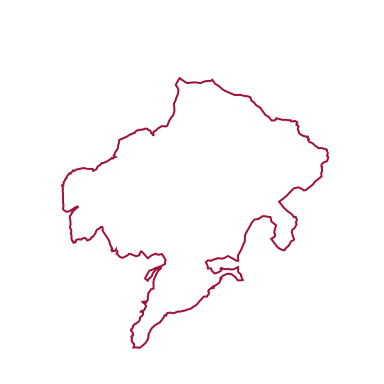 the district of Ilva Mica, Bistrita-Nasaud, Romania, rotated 236°
{"feature_id": "2599482B62914410963288", "entity_name": "Ilva Mica", "entity_type": "district", "adm_level": 2, "iso_a3": "ROU", "parent_name": "Romania", "parent_adm1": "Bistrita-Nasaud", "projection": "mercator", "projection_center": [24.67, 47.297], "detail": "fine", "context": "isolated", "style": "outline", "palette": "rose", "viewbox_px": 384, "rotation_deg": 236, "n_neighbors": 0, "source": "geoboundaries", "source_scale": "gbopen_adm2", "svg_char_len": 5957}
<svg xmlns="http://www.w3.org/2000/svg" viewBox="0 0 384 384"><g transform="rotate(236 192 192)"><path d="M237.8,293.4L239.9,292.0L242.8,288.7L245.5,286.4L248.4,281.7L257.1,276.1L260.4,274.6L264.6,273.6L268.9,271.6L273.7,271.6L273.6,269.6L275.1,267.5L276.7,264.2L277.5,260.0L281.5,255.5L284.9,249.1L286.7,247.9L293.3,245.4L290.9,240.1L289.7,238.3L286.9,238.4L284.5,238.0L281.5,235.6L278.4,231.0L277.2,229.7L275.5,226.6L274.7,225.8L273.5,225.5L268.8,222.6L266.2,219.4L265.4,216.5L263.6,212.7L260.8,208.6L261.0,206.8L262.6,205.1L263.5,203.7L263.7,199.4L263.2,196.9L263.4,193.7L260.7,191.8L261.0,191.5L262.3,191.8L263.3,191.0L265.8,191.7L266.6,191.5L267.9,190.4L269.6,190.2L270.8,188.5L270.9,186.6L271.5,186.2L272.3,183.9L272.8,183.6L273.8,180.7L273.6,178.8L273.0,177.4L273.6,176.5L273.7,174.0L274.3,173.2L274.3,169.0L275.8,160.8L273.8,159.0L271.7,156.6L271.0,156.3L269.5,154.7L268.0,150.9L267.2,149.4L266.6,149.1L265.9,147.4L263.7,148.3L264.1,146.5L264.0,145.1L265.1,144.7L264.8,143.5L264.9,138.0L265.7,134.7L266.5,133.3L265.7,131.1L266.0,129.0L265.5,127.3L264.4,125.7L264.5,123.3L264.9,121.9L265.7,122.5L266.6,122.5L267.6,121.3L267.9,120.6L269.8,118.1L272.5,115.5L275.3,108.6L275.2,106.3L276.4,105.5L275.1,101.4L276.1,100.9L275.5,99.6L275.4,98.1L273.6,95.4L273.9,95.1L271.5,90.6L270.7,90.3L269.9,89.4L270.2,88.1L268.8,88.3L268.7,87.5L266.8,86.8L264.7,85.0L263.0,84.3L255.9,79.6L252.2,77.6L250.2,75.6L249.2,75.5L246.0,76.6L245.0,78.5L244.7,79.6L244.4,86.0L244.5,87.1L244.0,89.0L243.6,89.1L243.2,88.8L243.2,87.3L242.4,81.2L241.9,81.3L240.5,78.0L239.6,76.6L235.2,74.6L232.9,73.1L230.8,70.9L228.3,70.7L227.1,70.1L225.6,68.8L225.5,68.3L223.8,68.1L220.2,65.7L218.3,65.4L217.9,65.8L216.2,65.3L215.6,67.1L216.1,67.2L216.3,68.9L217.0,69.3L216.5,71.2L214.4,73.7L214.7,74.3L214.5,76.3L213.8,77.5L212.8,78.0L210.5,78.0L209.7,81.0L209.8,82.1L210.7,83.4L210.4,84.9L210.6,85.9L212.1,89.4L213.2,90.6L213.9,92.7L213.6,94.2L213.7,95.9L214.0,96.6L213.2,98.1L211.5,97.5L211.0,96.9L209.9,96.3L198.0,96.1L194.2,94.7L189.6,94.2L189.3,93.1L188.6,93.7L187.6,92.7L186.2,95.5L186.8,96.7L186.3,96.4L185.2,97.0L183.8,96.7L183.0,94.9L181.5,95.5L179.2,95.7L178.2,96.2L176.5,97.2L175.9,99.8L175.6,102.8L175.6,104.2L176.0,104.9L175.5,106.1L169.9,109.8L169.1,113.0L169.9,113.8L171.0,115.7L171.3,116.2L171.1,116.7L170.0,117.2L161.8,118.3L162.1,123.3L161.1,127.5L158.9,128.8L157.2,132.5L150.3,132.1L149.5,130.9L147.4,129.5L147.9,124.5L149.5,118.7L149.6,116.7L150.6,112.6L146.8,104.9L145.5,104.7L144.7,105.4L143.2,105.7L144.2,107.5L144.2,109.3L144.7,111.3L145.0,112.1L146.4,113.7L147.0,115.4L147.8,119.0L147.5,121.3L146.5,123.7L146.0,123.3L145.7,120.6L144.6,117.8L140.8,111.5L138.5,109.4L133.5,106.2L133.7,104.7L134.3,103.9L132.1,98.5L131.2,98.3L129.8,96.7L128.2,95.8L127.0,94.6L126.7,93.3L128.5,89.6L127.2,89.7L126.0,90.5L125.7,91.2L125.3,90.3L123.3,90.2L122.8,89.9L122.0,88.1L121.3,87.5L121.0,86.8L120.9,85.6L121.6,83.1L121.4,82.6L119.8,84.1L118.7,83.6L117.4,82.1L117.0,78.6L116.5,78.5L115.4,77.5L114.4,75.6L114.4,73.7L114.2,73.4L114.1,72.8L114.6,70.4L114.3,69.4L114.0,69.1L113.8,68.0L112.7,67.2L112.1,65.7L112.3,65.3L111.6,64.1L111.2,63.8L110.5,64.2L109.2,64.2L106.8,63.7L106.1,62.7L106.6,62.5L105.9,60.7L104.2,60.5L102.9,59.0L100.8,58.6L98.1,59.0L95.7,56.5L95.2,57.8L92.1,61.5L92.3,65.5L92.8,68.8L93.3,70.5L93.8,71.0L94.2,72.4L95.5,74.4L97.1,75.2L97.6,76.0L98.6,76.6L99.3,78.3L101.0,81.1L101.7,83.2L102.3,87.5L101.8,92.7L102.2,93.2L102.8,95.8L103.3,96.5L103.4,97.5L105.1,100.3L104.9,101.1L104.0,101.5L105.4,103.6L105.5,104.2L103.7,107.1L102.3,108.2L101.6,109.5L101.3,111.6L101.0,112.0L100.9,113.4L99.8,114.7L98.9,116.7L98.8,117.7L98.0,118.8L96.8,123.5L96.2,124.6L95.9,126.8L96.2,128.1L95.9,131.5L96.2,134.0L97.4,137.5L97.5,139.0L97.9,139.7L98.6,143.3L96.9,146.1L97.5,147.0L97.7,148.1L98.9,149.8L100.5,149.8L101.3,151.2L101.8,156.1L100.9,155.4L100.4,156.5L101.3,156.8L101.4,157.3L101.5,163.8L103.4,166.7L103.6,167.8L104.8,167.4L105.3,170.7L104.5,175.4L103.3,177.1L101.6,178.9L97.2,180.4L93.3,180.5L91.8,182.5L90.7,184.9L95.1,185.8L95.4,186.2L96.0,186.5L99.3,185.6L100.4,185.8L103.9,188.2L104.8,182.9L106.0,181.0L108.0,178.9L108.7,177.4L111.5,174.1L112.5,174.1L112.6,172.8L110.8,172.7L110.6,172.2L110.6,169.8L111.0,167.6L112.0,165.0L116.6,164.5L118.1,165.0L119.9,162.3L121.2,163.3L122.7,163.8L126.0,164.2L126.4,167.1L124.3,169.3L124.1,171.6L122.8,175.4L122.9,176.2L119.7,180.0L119.1,182.1L119.0,184.9L118.7,186.1L109.8,190.7L109.2,192.0L113.6,194.5L117.0,201.1L120.6,206.5L121.0,207.7L126.1,211.5L127.4,213.1L133.5,225.3L134.2,228.5L132.5,232.0L132.5,236.9L131.3,238.7L127.3,243.0L125.1,242.3L123.2,241.3L117.4,243.1L112.7,237.6L110.5,237.3L108.7,235.6L108.9,231.5L99.8,231.9L97.4,232.4L95.2,233.4L93.2,234.7L91.9,236.2L92.5,237.0L93.3,240.2L93.2,241.5L94.3,244.2L95.1,245.3L95.7,247.0L95.3,248.9L95.4,250.0L98.0,250.8L99.1,250.9L103.3,252.5L104.2,253.5L104.7,254.6L104.6,256.0L105.1,257.6L106.9,260.8L108.6,261.0L110.4,263.5L113.4,264.1L114.0,262.5L117.0,262.4L119.7,261.7L121.9,260.7L127.9,259.3L135.3,258.8L135.4,263.2L135.9,268.1L137.5,275.4L138.0,278.8L136.4,282.8L132.7,285.0L130.7,285.6L130.0,287.7L130.6,296.5L131.8,299.4L132.4,308.0L135.6,309.9L137.0,312.0L138.2,312.4L139.9,313.8L140.6,313.4L142.4,314.9L142.8,316.5L142.8,318.6L142.1,320.7L142.4,321.8L144.2,324.0L145.0,324.6L146.1,324.2L146.8,324.4L147.8,325.9L148.6,326.5L150.5,326.8L151.8,327.5L155.8,324.2L156.8,322.9L157.6,321.2L159.9,320.8L161.6,319.8L163.2,319.7L165.6,318.9L167.8,317.3L169.7,317.2L171.1,318.0L170.8,318.5L172.2,318.5L173.2,319.0L173.6,318.7L173.7,317.6L175.8,316.3L176.2,315.6L179.2,314.1L181.3,313.6L182.2,314.3L185.0,314.8L186.8,317.0L188.2,316.8L189.2,316.1L190.2,317.0L190.3,317.9L190.8,318.3L191.4,318.1L193.4,317.0L194.2,315.0L194.9,313.9L195.3,313.5L196.4,313.9L197.2,312.6L200.1,309.2L200.9,307.7L206.0,303.1L205.2,302.3L205.2,300.4L206.8,298.0L211.2,297.6L215.2,295.9L223.7,295.7L227.8,293.8L232.1,293.4L234.1,292.4L236.8,292.9L237.8,293.4Z" fill="none" stroke="#9f1239" stroke-width="2"/></g></svg>